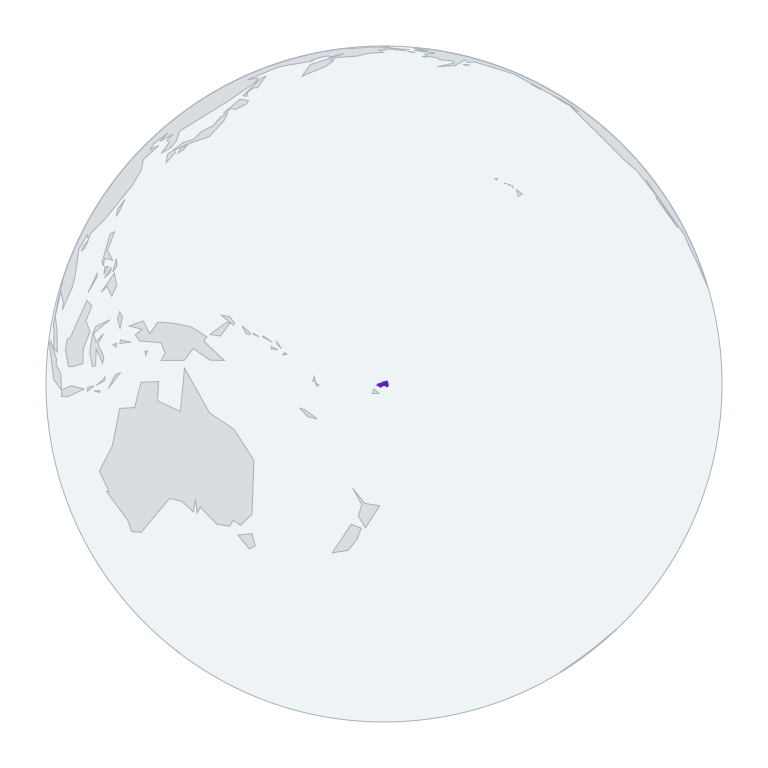 Northern on an orthographic globe
{"feature_id": "FJI-2619", "entity_name": "Northern", "entity_type": "Division", "adm_level": 1, "iso_a3": "FJI", "parent_name": "Fiji", "parent_adm1": "", "projection": "orthographic", "projection_center": [179.45, -16.564], "detail": "fine", "context": "on_globe", "style": "filled", "palette": "violet", "viewbox_px": 768, "rotation_deg": 0, "n_neighbors": 0, "source": "natural_earth", "source_scale": "10m", "svg_char_len": 8740}
<svg xmlns="http://www.w3.org/2000/svg" viewBox="0 0 768 768"><circle cx="384" cy="384" r="338" fill="#eef3f6" stroke="#a8b0b8"/><path d="M387.1,381.1L387.6,383.6L387.1,384.0L387.1,381.1ZM707.7,287.1L696.7,261.8L690.9,250.2L684.3,234.9L645.9,179.7L677.9,227.8L669.3,216.2L656.2,198.0L655.9,195.2L637.0,171.0L624.7,160.3L598.0,133.5L570.5,106.6L579.0,112.0L571.4,105.8L560.2,99.1L554.7,96.4L513.4,73.9L474.6,61.9L467.6,62.6L465.0,59.8L455.2,65.6L437.4,66.7L454.3,63.0L453.6,61.0L440.0,59.8L436.3,57.7L427.6,56.3L424.5,54.2L434.5,53.4L432.7,52.3L423.2,51.8L414.0,50.1L428.3,50.9L413.7,48.4L427.9,49.0L442.4,51.2L467.2,56.5L491.6,63.7L515.3,72.6L538.3,83.4L560.4,95.8L581.6,109.9L601.6,125.5L620.4,142.5L637.8,160.9L653.9,180.6L668.4,201.4L681.3,223.3L692.5,246.1L693.8,249.0L697.0,256.7L707.7,287.1ZM581.3,658.4L574.8,662.9L576.8,661.4L575.9,661.9L571.9,664.5L583.2,656.0L599.6,643.6L605.3,639.2L608.2,636.5L616.5,629.2L581.3,658.4ZM620.4,625.4L620.5,625.4L620.4,625.4ZM518.4,196.3L516.4,189.7L522.3,194.0L518.4,196.3ZM512.0,185.7L513.4,187.9L511.6,186.0L512.0,185.7ZM508.6,184.3L511.1,185.3L508.3,184.8L508.6,184.3ZM504.1,183.3L506.5,183.6L506.3,183.8L504.1,183.3ZM496.8,179.9L495.0,178.8L497.1,178.4L496.8,179.9ZM552.8,95.8L560.4,99.3L571.8,106.7L566.0,103.7L552.8,95.8ZM530.5,83.9L533.0,84.4L541.3,89.7L537.3,87.7L530.5,83.9ZM463.3,64.3L470.2,65.1L464.8,65.2L463.3,64.3ZM427.0,56.5L426.2,57.2L422.0,56.3L427.0,56.5ZM413.4,52.5L406.9,51.4L415.2,52.3L413.4,52.5ZM404.3,50.6L388.5,48.9L385.4,49.8L385.2,47.1L398.7,48.9L409.4,49.6L403.6,49.8L404.3,50.6ZM387.6,46.4L385.3,46.3L389.6,46.4L387.6,46.4ZM560.3,672.3L560.5,672.0L580.3,658.1L571.0,665.1L574.3,663.3L565.6,669.0L560.3,672.3ZM337.5,49.3L345.3,48.4L346.3,48.7L362.9,47.8L365.8,47.5L366.0,47.1L385.2,47.1L385.4,49.8L378.8,50.1L383.4,52.4L367.9,53.4L357.1,56.1L337.5,57.4L330.7,60.2L333.3,60.9L326.0,66.2L302.1,76.3L310.1,64.7L343.7,53.7L329.0,57.3L329.0,55.8L321.6,57.0L311.5,60.3L312.4,61.0L278.8,66.8L247.7,79.8L258.1,77.9L256.4,81.5L230.2,99.8L179.5,131.2L176.7,140.4L171.1,147.5L161.4,153.2L169.3,142.7L166.9,140.3L172.9,134.2L160.0,141.3L168.0,133.0L154.1,143.5L150.4,149.4L158.8,145.5L143.3,159.5L141.4,169.8L132.2,185.5L105.0,219.0L90.9,233.2L88.2,239.0L87.3,234.9L79.0,248.9L74.9,276.9L72.5,286.6L62.4,309.8L63.4,302.6L60.9,291.6L55.3,315.9L57.0,330.4L57.3,352.1L53.8,348.5L54.0,329.9L53.2,325.3L57.2,304.5L63.6,277.3L60.5,286.3L68.3,263.5L77.7,241.3L88.6,219.9L101.0,199.3L114.9,179.6L130.1,161.0L146.6,143.5L164.3,127.2L183.2,112.2L203.0,98.6L223.8,86.5L245.3,75.8L267.6,66.8L290.5,59.3L313.8,53.4L337.5,49.3ZM175.8,650.2L177.6,651.5L179.7,653.2L175.8,650.2ZM94.0,391.0L99.7,390.7L99.8,392.4L94.0,391.0ZM87.9,387.4L93.8,385.9L87.4,391.2L87.9,387.4ZM96.2,385.3L102.3,380.4L104.9,377.0L104.8,380.4L96.2,385.3ZM84.2,389.0L67.1,397.0L61.4,396.4L61.9,389.9L71.2,385.7L84.2,389.0ZM61.5,390.0L53.8,379.9L49.4,343.3L50.8,341.0L56.7,359.5L56.1,364.7L60.7,373.7L61.5,390.0ZM83.3,348.5L82.8,363.5L72.6,366.7L68.5,366.5L65.5,349.5L67.1,339.4L70.2,337.9L86.9,300.5L91.9,305.9L85.7,320.8L90.1,331.4L83.3,348.5ZM97.0,277.0L88.1,292.5L97.3,272.8L97.0,277.0ZM104.4,259.5L103.3,265.9L101.9,260.5L104.4,259.5ZM84.9,247.7L81.4,251.1L82.9,246.7L88.4,239.9L84.9,247.7ZM125.0,199.4L119.0,211.8L116.2,216.4L117.5,209.5L125.0,199.4ZM351.3,524.2L361.2,528.2L357.0,539.4L347.9,550.4L332.3,552.8L351.3,524.2ZM249.2,548.9L238.1,535.2L251.8,533.6L255.2,545.9L249.2,548.9ZM358.4,516.1L361.8,504.4L352.7,488.3L364.7,503.3L379.6,505.8L365.5,527.7L358.4,516.1ZM169.5,498.4L141.1,532.4L131.9,531.6L127.8,520.4L106.6,491.5L109.0,491.3L99.4,471.2L112.4,445.8L119.8,408.4L134.6,407.6L141.1,382.2L158.6,381.6L157.5,400.8L180.4,411.5L184.5,368.3L209.6,412.9L233.9,429.3L253.9,460.2L252.0,514.2L240.5,525.3L233.3,520.2L229.8,526.1L217.1,524.4L200.2,507.1L197.2,513.1L195.5,499.5L193.3,511.9L182.1,501.4L169.5,498.4ZM299.6,408.1L305.1,409.8L317.2,419.0L308.2,416.8L299.6,408.1ZM374.0,388.9L379.0,393.4L372.4,393.5L374.0,388.9ZM387.1,384.0L379.2,384.5L387.1,381.1L387.1,384.0ZM315.1,382.1L318.8,385.3L317.0,386.2L315.1,382.1ZM312.7,381.0L314.2,376.5L315.4,381.2L312.7,381.0ZM282.8,354.7L285.0,352.5L286.7,354.4L282.8,354.7ZM108.3,388.6L115.3,374.8L120.2,372.8L108.3,388.6ZM277.8,349.6L271.1,348.9L271.3,346.5L277.8,349.6ZM277.2,344.0L275.9,340.7L281.5,348.7L277.2,344.0ZM263.4,336.1L272.3,342.3L262.6,336.8L263.4,336.1ZM258.9,336.8L253.1,334.1L253.3,333.1L258.9,336.8ZM203.8,341.2L224.2,360.5L210.0,360.1L193.3,348.5L184.2,360.4L161.0,360.4L165.1,352.9L161.0,342.6L139.7,341.0L135.3,334.9L142.1,329.3L129.3,326.0L143.1,320.9L149.7,333.8L157.9,322.1L174.1,323.3L191.3,326.9L206.9,336.9L203.8,341.2ZM145.0,351.3L147.6,351.0L145.8,355.5L145.0,351.3ZM242.1,326.0L250.5,333.1L249.8,334.8L245.9,333.6L242.1,326.0ZM210.2,334.4L226.2,322.6L230.4,322.8L220.1,336.1L210.2,334.4ZM221.5,315.2L229.7,316.8L234.7,323.3L233.1,325.1L221.5,315.2ZM116.5,343.1L116.2,347.0L112.9,344.7L116.5,343.1ZM120.6,339.9L131.0,342.2L119.8,343.4L120.6,339.9ZM93.5,333.4L95.9,341.7L103.5,333.8L97.8,343.7L103.9,357.1L102.5,363.3L96.2,348.5L95.6,365.8L92.4,366.5L89.7,352.7L92.5,334.4L95.8,326.4L110.0,319.7L93.5,333.4ZM120.1,328.9L117.6,319.0L119.7,311.8L122.3,316.7L120.1,328.9ZM111.7,296.2L107.0,286.3L101.2,292.1L114.4,273.3L116.6,285.8L111.7,296.2ZM110.1,272.5L104.4,277.7L111.3,267.2L110.1,272.5ZM103.9,274.3L104.9,266.7L108.5,266.6L103.9,274.3ZM112.7,272.1L116.4,258.7L116.8,265.9L112.7,272.1ZM107.5,250.1L112.6,260.3L103.3,258.0L110.1,233.8L114.6,231.8L107.5,250.1ZM178.0,153.1L180.8,147.7L186.9,145.6L183.2,149.9L178.0,153.1ZM209.4,136.5L189.5,143.4L174.0,150.4L175.6,152.3L166.2,162.6L167.5,154.5L183.2,142.5L193.7,139.2L201.6,131.4L213.3,125.7L220.5,117.0L227.6,113.0L224.3,120.2L209.4,136.5ZM223.2,113.5L240.0,99.2L248.5,100.5L246.7,103.8L235.4,109.6L231.6,108.5L223.2,113.5ZM246.6,96.4L243.1,95.6L260.3,78.8L266.1,75.8L257.4,87.7L253.6,87.8L247.9,92.1L246.6,96.4ZM382.6,46.4L385.0,46.3L382.6,46.4Z" fill="#d9dde1" stroke="#a8b0b8" stroke-width="1"/><path d="M387.1,381.7L386.8,382.0L386.7,382.0L386.4,382.2L386.4,382.3L386.2,382.5L386.0,382.9L385.9,382.9L385.9,383.1L385.6,383.4L385.4,383.5L384.8,383.9L384.7,384.0L384.7,384.3L384.5,384.5L384.4,384.6L384.2,384.8L384.2,385.1L384.3,385.1L384.5,385.1L384.8,385.0L384.8,384.9L385.0,384.9L385.1,384.7L385.3,384.7L385.4,384.4L385.5,384.3L385.5,384.2L385.8,384.0L386.1,383.9L386.2,383.7L386.3,383.7L386.6,383.5L386.6,383.4L386.8,383.4L386.8,383.5L386.8,383.8L386.7,383.9L386.5,384.3L386.4,384.4L386.3,384.6L386.5,384.7L386.6,384.8L386.8,385.0L386.7,385.1L386.4,385.2L386.1,385.0L386.0,384.9L385.9,385.0L385.7,384.9L385.4,385.0L385.2,385.0L384.8,385.3L384.7,385.4L384.3,385.4L384.1,385.4L383.9,385.5L383.7,385.4L383.1,385.4L383.3,385.2L383.5,385.1L383.4,385.1L383.4,384.9L383.2,384.9L383.0,384.7L382.9,384.8L382.4,384.9L382.3,385.0L382.2,385.1L382.2,385.3L381.8,385.4L381.7,385.5L381.6,386.0L381.7,385.9L381.8,385.9L381.7,386.1L381.3,386.0L381.2,386.0L381.2,385.9L381.0,385.7L381.0,385.8L380.9,385.7L380.8,385.8L380.7,385.8L380.5,386.0L380.4,386.1L380.4,386.3L380.1,386.6L379.9,386.6L379.7,386.5L379.7,386.3L379.6,386.1L379.5,385.9L379.4,385.8L379.4,385.6L379.4,385.4L379.2,385.4L378.9,385.5L378.7,385.5L378.6,385.4L378.5,385.2L378.9,384.8L378.9,385.0L378.9,384.9L379.0,384.8L379.0,384.7L378.9,384.6L378.8,384.4L379.0,384.3L379.2,384.5L379.3,384.5L379.5,384.5L379.8,384.6L380.2,384.2L380.3,384.2L380.3,384.3L380.4,384.2L380.6,383.9L380.6,384.0L380.7,383.9L380.8,383.9L381.0,383.7L381.1,383.4L381.3,383.5L381.3,383.4L381.5,383.4L381.8,383.4L382.1,383.2L382.4,383.2L382.5,383.2L382.8,383.0L383.0,383.1L383.3,383.1L383.5,383.0L383.7,382.9L383.6,382.7L383.8,382.7L383.8,382.8L383.8,382.7L384.0,382.5L384.1,382.4L384.2,382.2L384.4,382.3L384.5,382.2L384.4,382.1L384.5,382.1L384.6,382.3L384.6,382.1L384.8,382.1L385.0,382.1L385.3,382.0L385.4,381.9L385.5,381.9L385.8,381.7L385.8,381.8L385.8,382.0L386.1,381.9L386.2,382.0L386.3,382.0L386.4,381.9L386.6,381.8L386.6,381.7L387.0,381.6L387.1,381.7ZM387.1,385.3L387.2,385.2L387.6,384.8L387.7,384.7L387.8,384.7L387.9,384.8L388.0,384.9L388.0,385.0L388.1,385.3L387.9,385.5L387.8,385.8L387.7,385.8L387.4,386.0L387.2,386.2L387.1,386.4L387.1,385.3ZM387.1,386.4L387.0,386.5L386.9,386.5L386.7,386.6L386.5,386.4L386.5,386.2L386.9,385.7L387.0,385.7L387.1,385.3L387.1,386.4ZM387.1,383.6L387.3,383.4L387.6,383.2L387.7,383.3L387.5,383.5L387.4,383.8L387.1,383.9L387.1,383.6ZM377.7,385.4L377.7,385.5L377.4,385.5L377.4,385.3L377.5,385.4L377.7,385.4ZM387.1,381.6L387.3,381.5L387.5,381.4L387.4,381.5L387.2,381.6L387.1,381.6ZM386.6,384.5L386.6,384.4L386.8,384.3L386.8,384.5L386.7,384.5L386.6,384.5ZM379.1,384.1L379.3,384.1L379.2,384.2L379.1,384.1ZM383.5,382.6L383.4,382.7L383.5,382.6ZM387.1,383.9L387.0,383.7L387.1,383.9Z" fill="#8b5cf6" stroke="#5b21b6" stroke-width="1.5"/></svg>